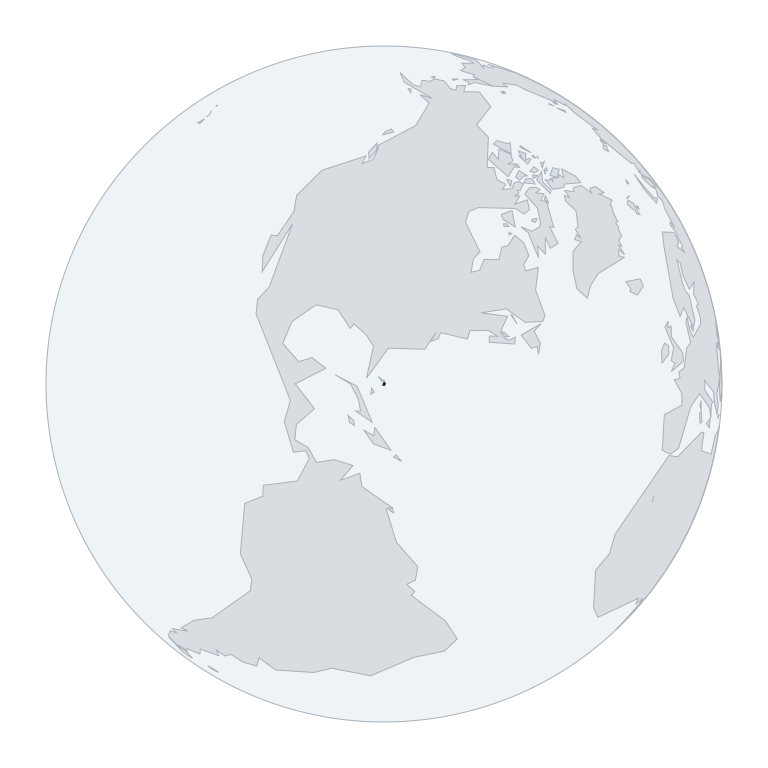 Central Abaco on an orthographic globe, rotated 42°
{"feature_id": "BHS-5015", "entity_name": "Central Abaco", "entity_type": "District", "adm_level": 1, "iso_a3": "BHS", "parent_name": "The Bahamas", "parent_adm1": "", "projection": "orthographic", "projection_center": [-77.217, 26.497], "detail": "coarse", "context": "on_globe", "style": "filled", "palette": "slate", "viewbox_px": 768, "rotation_deg": 42, "n_neighbors": 0, "source": "natural_earth", "source_scale": "10m", "svg_char_len": 9865}
<svg xmlns="http://www.w3.org/2000/svg" viewBox="0 0 768 768"><g transform="rotate(42 384 384)"><circle cx="384" cy="384" r="338" fill="#eef3f6" stroke="#a8b0b8"/><path d="M378.4,489.4L370.4,485.9L362.5,495.3L335.1,478.7L325.4,458.8L241.9,417.4L233.5,405.6L233.8,388.7L208.9,326.2L218.4,382.2L208.1,369.7L200.5,348.7L205.6,345.2L201.6,315.8L192.9,302.4L195.0,266.5L218.0,226.6L220.3,234.6L225.5,224.9L223.0,214.7L220.0,210.5L234.6,170.7L229.6,145.0L217.0,145.0L228.4,139.5L197.2,146.2L187.5,141.8L205.3,142.1L212.3,138.7L209.0,132.8L215.6,128.3L217.7,123.2L225.8,118.6L235.6,120.2L241.0,117.6L238.4,113.7L244.8,107.5L247.8,113.4L259.4,103.3L277.8,106.3L279.4,129.6L296.4,130.7L315.8,154.2L320.7,149.4L331.2,156.6L340.9,154.1L341.7,160.1L348.7,153.0L346.1,148.1L348.2,143.6L353.7,142.0L355.7,149.0L353.3,150.8L356.7,152.1L355.4,156.5L359.1,153.4L361.0,162.7L367.2,151.3L375.4,157.0L374.4,163.9L364.0,165.8L335.9,189.9L331.7,199.1L336.2,209.2L367.0,221.6L366.7,231.4L374.0,242.6L379.0,235.5L375.1,224.4L386.2,214.8L380.0,203.4L383.6,198.2L381.6,186.2L393.2,185.5L405.7,191.6L408.0,201.9L413.6,205.3L420.6,194.0L433.8,212.8L457.9,225.5L460.1,231.3L447.8,243.6L424.6,246.3L408.6,266.0L430.5,251.2L435.6,267.3L441.2,269.5L447.6,267.9L450.2,261.3L454.4,266.8L434.3,282.6L430.2,277.8L436.6,272.5L425.7,274.3L412.2,286.8L415.9,294.8L391.7,307.9L394.0,314.2L390.0,321.1L388.0,310.0L391.1,330.8L363.3,354.5L367.1,391.4L350.9,362.9L337.5,359.3L321.4,359.4L321.7,365.3L300.0,359.6L280.6,370.6L273.8,398.9L281.5,421.6L305.6,424.5L312.7,412.7L330.3,411.1L318.0,443.2L348.8,448.9L345.9,472.7L355.0,485.1L370.3,482.0L386.2,487.6L397.4,473.7L415.4,465.4L416.1,484.5L425.8,466.5L436.1,475.0L471.8,470.6L469.2,475.3L499.3,493.4L531.2,497.1L538.6,508.8L534.9,517.7L545.7,517.6L545.9,522.8L588.2,519.0L609.0,524.4L607.7,541.8L589.1,567.2L569.4,609.7L535.3,630.2L524.7,645.5L494.8,669.0L474.3,671.2L478.3,678.6L465.4,685.1L451.6,687.1L447.7,692.6L437.4,693.8L443.2,696.4L424.8,703.9L427.9,707.9L414.1,712.6L416.5,714.4L411.9,714.6L406.6,715.6L405.6,716.6L392.2,715.4L390.3,710.6L396.4,707.7L390.4,707.4L403.6,698.9L396.4,700.8L401.0,686.6L412.7,672.8L423.0,627.0L416.3,617.4L390.9,606.3L360.4,565.9L369.0,548.5L362.1,540.0L384.5,514.1L378.4,489.4ZM70.8,314.5L73.2,307.1L72.9,313.5L70.8,314.5ZM73.9,301.5L73.2,304.2L73.7,301.7L73.9,301.5ZM73.7,298.9L73.9,300.7L73.4,299.3L73.7,298.9ZM73.1,296.3L73.6,297.4L73.4,297.5L73.1,296.3ZM365.6,403.7L400.8,420.4L381.0,423.1L384.7,419.8L375.8,412.8L359.1,406.3L341.7,409.8L365.6,403.7ZM73.3,290.2L73.5,288.4L74.1,288.7L73.3,290.2ZM380.8,383.5L374.7,382.2L380.7,382.0L380.8,383.5ZM217.6,209.6L222.2,215.1L222.2,226.5L217.5,222.2L217.6,209.6ZM218.7,189.5L222.7,190.2L216.4,199.5L216.1,196.1L218.7,189.5ZM206.6,146.7L209.1,149.7L204.4,148.4L206.6,146.7ZM216.6,123.3L213.8,124.1L216.1,121.2L216.6,123.3ZM375.3,187.6L378.4,186.9L377.2,189.5L375.3,187.6ZM371.5,183.2L367.9,186.6L365.6,185.1L367.8,183.0L371.5,183.2ZM230.6,111.8L235.2,107.4L232.2,112.1L230.6,111.8ZM376.5,179.5L361.9,182.0L357.8,179.4L363.1,169.5L376.5,179.5ZM238.9,105.1L249.9,95.3L244.6,95.8L265.7,89.8L249.4,99.5L246.6,104.9L244.1,103.1L238.9,105.1ZM342.9,147.4L345.9,152.5L338.3,149.9L342.9,147.4ZM337.5,146.9L311.2,147.1L309.4,139.4L318.6,140.6L312.2,132.4L324.3,128.4L330.5,132.0L329.3,137.6L334.8,132.0L337.5,146.9ZM275.6,88.4L279.7,86.7L277.3,88.9L275.6,88.4ZM348.5,141.7L343.3,142.1L341.4,135.3L351.4,133.2L348.8,136.0L348.5,141.7ZM304.6,132.6L305.0,127.6L314.9,122.8L316.3,120.3L324.4,127.7L304.6,132.6ZM352.0,136.7L356.5,132.4L362.4,134.3L353.4,140.8L352.0,136.7ZM336.7,134.6L336.3,131.4L339.8,132.4L336.7,134.6ZM385.7,139.6L379.5,139.6L378.0,136.0L385.7,139.6ZM357.8,130.8L355.8,130.2L354.5,128.9L358.6,126.6L357.8,130.8ZM330.8,124.1L334.9,123.4L328.0,120.8L335.2,117.7L339.3,123.4L340.5,119.6L342.7,118.7L343.6,124.5L330.8,124.1ZM358.9,120.7L366.6,127.7L378.3,128.0L380.0,131.2L360.8,130.2L358.9,120.7ZM349.8,122.3L355.8,121.9L354.9,125.7L350.2,128.3L349.8,122.3ZM338.5,113.7L326.5,117.0L326.0,115.7L338.5,113.7ZM362.5,120.0L360.6,118.4L363.4,119.5L362.5,120.0ZM346.1,114.6L341.9,115.8L341.5,114.3L346.1,114.6ZM360.2,114.4L362.7,116.5L359.6,118.1L360.2,114.4ZM353.9,113.8L354.3,111.5L357.0,117.5L352.1,114.6L353.9,113.8ZM346.4,113.0L344.7,112.5L348.2,112.7L346.4,113.0ZM370.5,107.2L374.7,114.4L367.8,117.9L364.7,110.3L370.5,107.2ZM414.1,717.7L393.1,716.0L405.1,716.9L414.6,714.8L425.2,716.0L414.1,717.7ZM441.6,711.3L451.9,709.1L454.0,709.2L447.4,710.9L441.6,711.3ZM635.5,158.4L646.0,172.4L637.8,164.8L618.8,141.9L609.8,132.6L635.5,158.4ZM602.1,125.9L601.5,126.2L589.5,116.5L600.3,126.1L602.6,127.2L609.4,133.7L607.7,133.3L603.5,129.5L604.9,132.4L624.5,150.9L628.9,154.0L638.1,168.9L646.4,175.9L652.1,184.0L640.2,175.3L634.5,169.5L619.8,166.8L626.7,173.9L640.9,177.5L640.5,179.6L649.9,191.0L642.4,184.1L625.0,179.9L627.3,196.0L645.9,234.5L643.9,244.5L635.2,247.1L612.8,219.2L619.6,200.4L611.7,191.7L596.9,186.6L600.3,181.8L595.1,177.8L596.3,171.1L584.9,154.9L584.2,148.1L567.0,136.1L564.3,131.4L575.3,139.5L582.5,142.2L579.2,127.5L574.8,123.0L563.9,116.8L564.3,114.2L554.2,110.1L546.0,100.8L547.4,109.3L534.6,103.7L522.8,95.8L518.8,95.9L538.1,109.0L545.6,113.2L551.6,114.0L572.2,128.4L576.1,134.9L555.5,126.7L558.8,135.6L541.3,126.7L499.9,94.3L489.1,84.8L498.1,77.3L508.0,81.2L509.6,85.5L519.8,85.3L513.4,83.4L513.7,81.7L501.6,77.3L501.3,75.9L490.2,74.4L488.5,72.3L495.5,73.3L476.1,66.3L469.0,62.1L464.8,61.3L462.2,61.6L455.0,56.9L452.2,56.6L453.5,57.9L448.7,58.4L437.5,57.8L435.6,56.1L439.4,56.1L444.5,54.3L454.9,55.4L453.0,54.8L443.5,53.6L437.2,55.6L431.0,55.8L432.6,54.2L431.5,54.7L427.8,54.4L422.4,52.8L420.1,54.5L382.0,56.4L367.7,54.6L373.4,52.2L344.8,55.0L330.9,54.8L332.2,55.7L319.3,59.0L323.5,59.0L323.1,59.8L291.9,70.8L283.2,72.9L271.1,80.7L271.8,81.4L277.6,80.1L265.7,89.8L244.6,95.8L244.3,93.7L231.3,99.8L232.4,94.4L227.3,93.5L236.0,85.5L231.2,86.3L226.6,88.7L216.7,92.4L212.0,93.2L235.8,81.5L246.9,82.7L244.1,80.7L250.7,78.2L253.4,76.0L250.9,75.4L246.9,77.1L273.6,64.7L275.1,64.1L298.9,57.0L323.2,51.6L347.8,48.0L372.6,46.3L397.4,46.3L422.2,48.2L446.7,52.0L471.0,57.5L494.7,64.7L517.9,73.7L540.3,84.4L561.9,96.7L582.5,110.5L602.1,125.9ZM720.8,412.0L721.0,400.3L721.0,375.6L719.8,370.1L718.6,379.5L716.2,373.0L714.7,377.3L699.1,414.3L689.3,409.9L665.9,380.9L665.1,359.3L656.2,340.7L643.7,246.5L650.9,241.6L652.2,207.4L654.1,206.0L664.6,221.2L674.1,217.3L664.6,200.7L662.6,192.9L660.7,190.0L674.8,211.9L687.2,234.9L697.8,258.7L706.5,283.2L713.4,308.4L718.2,334.0L721.1,359.9L721.9,386.0L720.8,412.0ZM659.5,286.4L662.6,292.4L662.6,292.5L659.5,286.4ZM472.9,470.2L477.3,473.4L471.6,474.2L472.9,470.2ZM378.4,431.3L385.8,431.6L389.7,434.6L384.1,435.7L378.4,431.3ZM440.3,428.7L448.7,429.7L440.0,432.0L440.3,428.7ZM406.3,422.4L433.5,428.6L416.6,435.5L399.4,431.8L411.2,429.5L406.3,422.4ZM377.6,395.3L382.3,396.7L381.0,400.4L377.6,395.3ZM385.1,383.5L383.4,383.8L381.0,380.8L385.1,383.5ZM436.7,266.3L438.5,265.2L445.1,265.1L442.2,268.1L436.7,266.3ZM473.0,249.1L478.9,258.5L472.7,253.5L469.8,258.9L453.2,255.9L460.3,234.0L460.1,244.1L473.0,249.1ZM433.1,247.0L442.8,250.5L431.9,247.5L433.1,247.0ZM565.1,165.9L569.9,165.3L575.8,171.1L576.6,182.3L568.1,173.7L565.1,165.9ZM575.3,163.4L554.6,153.6L553.2,147.1L557.5,152.2L558.7,148.9L565.9,156.5L584.8,160.9L591.2,166.5L589.2,182.5L586.3,173.8L581.8,174.5L575.3,163.4ZM504.2,148.2L495.3,146.1L504.0,134.4L511.3,137.8L512.7,148.5L504.7,150.8L504.2,148.2ZM388.5,162.5L384.5,164.1L384.0,161.9L386.9,158.8L388.5,162.5ZM382.9,139.9L405.4,154.0L401.9,156.3L419.2,163.0L416.9,171.9L405.8,167.1L416.9,179.5L405.9,178.7L414.5,186.8L390.0,175.1L380.6,175.6L392.0,171.4L394.4,163.1L392.6,159.6L380.5,150.6L361.5,148.6L360.8,140.8L365.4,135.9L369.9,135.2L368.9,140.3L375.6,135.7L377.6,142.6L382.9,139.9ZM419.6,94.6L416.6,98.8L430.4,94.7L432.4,100.0L433.9,99.2L439.6,103.2L449.1,107.0L448.4,109.5L452.4,110.0L456.2,113.0L461.4,114.6L462.2,120.0L468.6,122.6L465.3,123.7L476.2,126.9L468.4,127.1L472.7,131.6L477.9,129.1L469.3,158.6L471.6,172.4L477.8,184.3L463.7,184.1L448.8,173.5L435.7,158.9L435.5,146.3L429.1,149.0L427.1,144.0L433.0,143.9L422.8,141.1L422.7,137.1L411.0,126.9L396.3,126.4L391.7,123.0L397.4,121.3L388.8,119.3L396.4,113.9L393.3,111.6L397.6,104.5L410.5,103.2L406.0,100.8L409.1,95.8L419.6,94.6ZM372.2,105.2L387.0,101.4L395.5,102.7L384.3,114.7L386.1,117.6L379.3,126.3L367.2,124.4L370.3,122.0L370.4,119.3L374.2,120.9L371.3,117.6L375.4,114.4L374.3,111.1L379.5,110.6L372.2,105.2ZM649.8,197.7L650.1,195.7L649.1,191.2L655.0,198.7L649.8,197.7ZM638.4,195.0L637.7,191.8L645.6,199.3L645.2,201.8L638.4,195.0ZM630.7,184.2L637.1,191.1L633.4,188.9L630.7,184.2ZM573.9,136.7L572.4,133.6L574.9,134.6L578.8,137.9L573.9,136.7ZM460.9,87.0L457.8,88.3L455.7,87.4L444.6,87.6L442.2,84.2L448.0,82.8L460.9,87.0ZM645.1,169.5L644.6,169.0L642.6,166.5L641.1,164.7L645.1,169.5ZM653.4,184.3L653.3,181.9L655.0,186.4L653.4,184.3ZM456.4,83.3L452.1,83.6L453.6,81.8L456.4,83.3ZM439.9,81.8L440.5,79.5L440.6,83.9L439.9,81.8ZM429.7,60.7L447.8,63.7L459.3,64.9L463.2,63.5L465.5,67.3L447.8,65.4L429.7,60.7ZM388.1,56.8L384.8,58.9L381.0,57.9L381.3,57.3L388.1,56.8ZM389.8,58.1L395.4,61.1L390.1,62.3L386.7,59.7L389.8,58.1ZM426.6,70.3L432.1,71.2L430.8,72.6L426.6,70.3ZM277.8,86.0L279.5,86.6L275.8,87.4L277.8,86.0ZM325.7,59.8L324.5,61.1L320.2,61.5L325.7,59.8ZM319.0,65.1L324.7,63.6L319.4,65.8L319.0,65.1ZM337.3,60.5L327.3,63.3L335.7,59.8L337.3,60.5Z" fill="#d9dde1" stroke="#a8b0b8" stroke-width="1"/><path d="M383.9,385.3L383.9,385.2L384.0,384.8L383.9,384.7L383.9,384.3L384.0,384.3L384.1,384.2L384.2,383.9L384.3,383.9L384.3,383.7L384.0,383.5L383.5,383.4L383.4,383.4L383.3,383.1L383.2,382.8L383.4,382.7L383.6,382.9L383.8,382.9L383.7,383.0L383.9,383.3L384.2,383.4L384.3,383.5L384.8,383.8L384.9,384.0L384.8,384.4L384.9,384.5L385.1,384.7L385.0,384.8L383.9,385.3ZM383.9,384.1L383.9,384.3L383.7,384.2L383.8,384.1L383.9,384.1Z" fill="#64748b" stroke="#1e293b" stroke-width="1.5"/></g></svg>